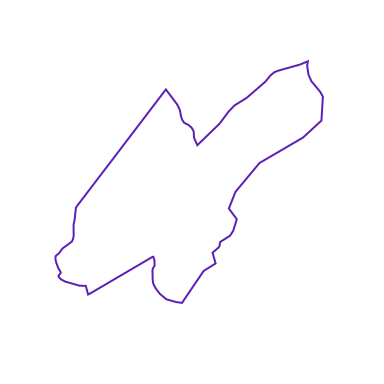 outline of Neuchâtel, rotated 167°
{"feature_id": "CHE-161", "entity_name": "Neuchâtel", "entity_type": "Canton", "adm_level": 1, "iso_a3": "CHE", "parent_name": "Switzerland", "parent_adm1": "", "projection": "albers", "projection_center": [6.837, 47.007], "detail": "fine", "context": "isolated", "style": "outline", "palette": "violet", "viewbox_px": 384, "rotation_deg": 167, "n_neighbors": 0, "source": "natural_earth", "source_scale": "10m", "svg_char_len": 1277}
<svg xmlns="http://www.w3.org/2000/svg" viewBox="0 0 384 384"><g transform="rotate(167 192 192)"><path d="M49.7,293.3L51.4,289.2L52.1,280.1L50.7,272.9L44.8,261.4L43.0,255.5L49.8,232.5L71.5,220.1L119.7,205.1L149.6,182.4L159.8,167.6L154.5,155.4L160.5,145.0L164.7,140.9L175.9,136.9L177.6,132.7L179.2,131.6L185.6,128.3L185.1,117.1L198.5,112.4L226.7,86.2L231.9,88.2L241.1,93.2L246.2,100.0L248.9,105.8L249.9,109.2L250.4,111.9L249.9,116.2L248.1,124.6L247.7,125.5L247.2,126.5L245.5,128.2L245.0,128.8L244.0,133.5L244.2,137.6L245.3,137.6L313.2,116.3L316.3,115.5L316.6,124.4L322.8,126.1L335.8,133.3L339.2,136.3L341.0,139.2L340.9,140.3L340.3,141.0L339.2,141.8L338.5,142.3L338.0,143.0L338.2,144.1L338.5,145.2L338.9,146.2L339.4,147.9L340.1,153.1L340.2,154.8L340.2,156.6L340.0,157.7L339.7,159.2L339.0,160.4L337.6,161.2L336.1,161.8L334.8,162.7L331.9,165.3L330.2,166.4L320.2,170.7L318.6,172.8L317.2,175.7L314.8,186.6L312.7,191.2L308.5,203.1L274.9,231.0L257.7,245.2L243.3,257.2L194.4,297.8L187.0,281.2L186.2,278.6L185.4,274.3L185.7,268.1L185.3,264.4L184.0,261.1L180.3,258.1L177.9,254.7L176.7,250.8L177.8,244.5L176.3,236.4L149.9,252.3L138.0,262.3L131.1,266.8L117.6,271.4L95.7,283.0L89.5,287.8L85.0,290.1L81.1,290.8L58.0,291.9L49.7,293.3Z" fill="none" stroke="#5b21b6" stroke-width="2"/></g></svg>